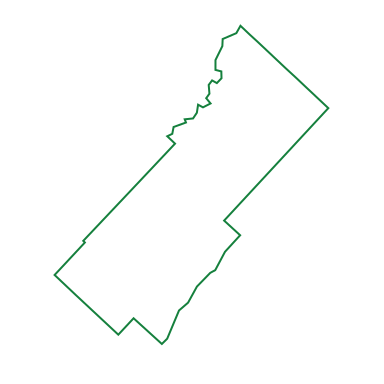 outline of Webster, Louisiana, United States of America, rotated 43°
{"feature_id": "52423323B93386698636065", "entity_name": "Webster", "entity_type": "district", "adm_level": 2, "iso_a3": "USA", "parent_name": "United States of America", "parent_adm1": "Louisiana", "projection": "robinson", "projection_center": [-93.395, 32.714], "detail": "fine", "context": "isolated", "style": "outline", "palette": "green", "viewbox_px": 384, "rotation_deg": 43, "n_neighbors": 0, "source": "geoboundaries", "source_scale": "gbopen_adm2", "svg_char_len": 780}
<svg xmlns="http://www.w3.org/2000/svg" viewBox="0 0 384 384"><g transform="rotate(43 192 192)"><path d="M114.1,37.4L116.1,45.6L110.1,59.2L114.7,64.6L119.2,79.5L125.9,86.7L131.2,83.8L136.0,88.7L135.9,95.4L130.6,96.7L131.2,102.3L137.7,108.2L138.4,113.7L145.2,114.6L142.3,122.6L136.9,124.0L141.5,130.7L142.6,137.5L137.1,143.8L140.2,145.3L134.2,157.0L137.9,162.9L135.9,168.1L146.6,168.2L146.3,227.7L145.8,301.9L148.1,302.0L148.1,337.7L148.1,346.4L177.3,346.6L235.4,346.6L235.4,324.2L273.6,323.7L273.9,316.2L263.3,287.5L264.6,275.6L260.1,257.8L260.5,238.6L262.3,233.3L256.9,213.2L256.7,190.8L235.0,191.0L234.5,37.7L204.8,37.6L204.7,37.6L191.1,37.5L175.4,37.6L137.1,37.4L127.5,37.5L127.1,37.5L126.9,37.5L114.1,37.4L114.1,37.4Z" fill="none" stroke="#15803d" stroke-width="2"/></g></svg>